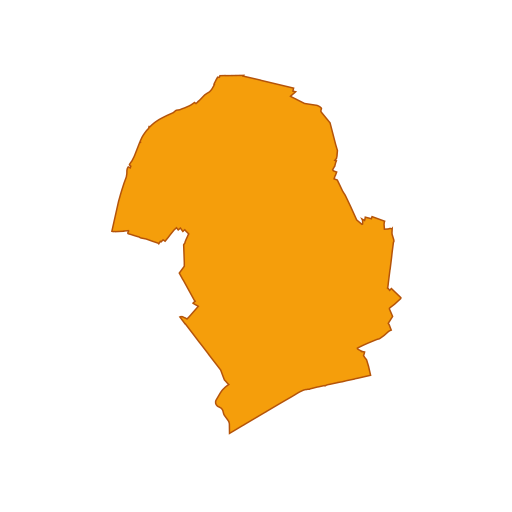 Bernheze, Noord-Brabant, Netherlands, rotated 307°
{"feature_id": "6326949B36275678342581", "entity_name": "Bernheze", "entity_type": "district", "adm_level": 2, "iso_a3": "NLD", "parent_name": "Netherlands", "parent_adm1": "Noord-Brabant", "projection": "albers", "projection_center": [5.507, 51.684], "detail": "fine", "context": "isolated", "style": "filled", "palette": "amber", "viewbox_px": 512, "rotation_deg": 307, "n_neighbors": 0, "source": "geoboundaries", "source_scale": "gbopen_adm2", "svg_char_len": 5830}
<svg xmlns="http://www.w3.org/2000/svg" viewBox="0 0 512 512"><g transform="rotate(307 256 256)"><path d="M159.3,240.3L155.5,253.9L153.2,262.0L152.0,266.6L149.0,277.4L148.9,277.4L143.7,296.4L140.1,302.0L138.0,305.4L137.8,306.8L137.5,308.3L137.2,309.7L137.0,311.6L134.4,310.8L133.7,310.6L132.3,310.3L130.8,310.1L129.6,309.9L128.7,309.8L127.0,309.8L125.3,309.9L124.3,310.0L117.4,310.8L116.8,310.9L116.3,311.0L115.7,311.2L115.4,311.4L114.8,311.8L114.3,312.3L113.9,312.6L113.7,313.0L113.5,313.4L113.2,314.0L113.1,314.6L112.9,315.4L112.9,316.0L113.0,316.5L113.1,317.0L113.3,318.1L113.5,319.3L113.4,320.0L113.3,320.6L113.2,321.2L113.0,321.7L112.7,322.3L112.3,322.9L110.7,324.9L110.4,325.3L110.0,326.0L109.6,327.0L107.9,332.6L107.5,333.6L107.4,333.9L106.9,334.6L106.0,335.7L98.4,341.6L109.7,346.2L152.2,363.7L158.6,366.4L164.7,369.0L172.7,372.2L174.2,372.9L177.4,374.6L179.1,375.9L179.6,376.6L180.4,377.2L181.0,377.9L181.8,378.9L182.8,379.4L183.7,380.2L188.0,383.6L189.6,385.1L193.6,388.5L193.6,388.8L193.7,389.1L194.0,389.4L194.1,389.5L194.7,389.7L195.1,389.8L196.7,391.0L198.0,392.2L201.6,395.3L201.8,395.5L203.2,396.7L204.7,398.0L204.7,397.9L207.6,400.7L210.9,403.3L216.9,408.6L217.6,409.0L219.6,410.8L220.2,411.3L229.7,419.3L235.6,412.3L239.7,406.7L240.3,404.2L241.1,401.9L243.6,401.0L244.7,400.5L244.1,399.3L243.2,397.8L243.6,397.6L243.5,397.4L243.4,397.1L242.9,393.7L242.9,393.1L243.0,392.8L243.4,392.4L244.7,393.0L249.4,395.4L253.9,397.9L261.2,402.2L262.6,403.1L263.9,404.2L264.8,404.6L268.9,405.9L270.0,406.2L274.7,407.1L275.8,407.4L276.2,407.5L277.2,408.0L278.2,408.6L278.7,407.8L280.9,404.3L281.2,403.8L281.6,402.7L281.7,402.4L281.8,402.3L281.8,402.2L282.1,402.1L289.7,401.5L289.9,401.5L290.0,401.4L292.4,397.2L293.9,394.5L294.2,394.3L294.4,394.1L294.6,394.0L294.8,394.0L301.0,395.7L309.1,397.2L309.9,396.8L311.5,383.7L309.0,383.4L309.6,381.2L309.4,380.9L309.5,380.3L309.9,380.3L312.8,378.7L313.4,378.3L325.9,371.1L326.1,371.1L336.0,365.4L340.7,362.6L349.3,357.7L349.5,357.6L350.7,357.3L351.0,357.1L351.2,356.9L351.9,356.2L352.7,355.1L353.2,354.4L354.8,352.2L355.4,351.4L355.7,351.2L356.4,350.6L359.8,348.3L359.7,348.3L359.1,347.2L358.8,346.6L358.6,346.4L358.3,346.2L358.2,346.0L357.6,345.7L357.2,345.3L356.7,344.8L354.7,342.4L358.5,339.1L359.4,338.6L359.9,338.3L360.5,338.0L361.2,337.8L357.3,325.0L356.5,325.2L355.2,325.7L352.8,319.9L350.7,321.0L350.6,320.9L349.7,321.3L349.3,318.3L348.9,319.1L348.7,319.6L348.2,319.9L347.3,320.8L345.5,321.9L345.3,321.7L345.0,321.5L345.4,314.7L352.7,301.3L353.9,299.0L357.5,292.1L357.8,291.5L358.6,289.8L358.9,288.8L359.7,286.8L359.9,286.2L363.4,279.5L365.6,275.2L364.6,271.9L367.7,270.9L368.2,270.9L370.2,270.3L371.6,269.9L371.1,268.3L370.6,266.5L370.9,265.7L371.0,265.3L374.8,264.8L375.0,264.9L376.6,264.2L378.6,263.4L380.4,262.9L379.8,261.4L382.2,261.6L384.6,260.5L387.3,258.8L387.2,258.8L389.2,257.6L392.9,252.6L406.9,235.0L410.0,222.3L410.5,220.8L410.8,220.5L412.4,219.8L412.9,219.7L413.2,219.5L413.3,219.4L413.4,219.1L413.4,218.9L413.5,218.8L413.6,217.0L413.2,214.7L412.9,213.9L407.2,203.3L407.1,203.1L406.9,202.7L406.9,202.1L406.6,200.7L406.4,199.5L404.5,188.9L404.3,187.8L404.3,187.4L408.2,188.2L408.4,188.3L411.0,188.8L409.9,186.2L412.7,185.0L399.2,154.1L399.2,153.8L391.9,137.4L392.8,137.4L381.8,123.3L381.9,123.2L378.3,118.7L376.8,119.2L376.5,119.1L375.7,117.7L375.2,117.8L374.1,117.9L374.0,118.1L373.3,118.0L370.2,118.6L368.9,118.8L367.9,119.1L368.0,119.5L365.7,120.0L364.7,120.0L363.9,120.2L362.6,120.3L361.2,120.3L359.3,120.1L358.9,120.0L356.2,118.9L355.0,118.5L353.8,118.1L352.3,117.9L346.4,117.2L344.9,116.8L344.9,117.0L342.9,116.6L341.6,116.3L341.6,114.5L340.9,114.3L339.6,113.9L337.1,113.0L336.1,112.5L334.9,111.9L333.9,111.3L331.2,109.8L329.9,108.9L329.3,108.5L327.4,107.4L326.8,107.0L326.4,106.6L325.9,106.1L325.3,105.5L325.0,105.1L324.5,104.8L324.1,104.5L323.6,104.3L323.1,104.2L321.8,103.9L320.9,103.7L320.4,103.5L314.8,100.4L311.4,98.7L309.1,97.6L306.7,96.5L304.2,95.6L303.0,95.2L301.7,94.8L300.6,94.5L297.9,93.9L295.3,93.5L295.3,93.3L295.2,93.3L295.0,92.7L294.3,93.0L294.4,93.8L294.3,93.6L294.1,93.5L292.7,93.4L291.4,93.2L290.0,93.1L288.7,93.1L287.5,93.1L284.9,93.2L282.2,93.5L280.9,93.8L278.9,94.2L277.5,94.6L277.4,95.0L277.4,95.3L277.1,95.3L277.0,95.1L276.6,94.8L268.4,97.1L263.4,98.5L261.8,98.9L259.5,99.3L257.2,99.7L255.7,99.7L254.1,99.8L253.4,99.8L252.9,99.9L252.6,100.1L252.5,100.5L252.6,100.9L252.4,101.9L252.4,102.0L250.7,102.5L250.7,102.3L250.4,100.8L250.3,100.4L250.1,100.3L249.7,100.4L249.1,100.5L248.4,100.6L247.8,100.9L247.2,101.1L246.7,101.4L246.1,101.8L244.6,102.9L243.5,103.6L242.3,104.2L241.2,104.8L240.0,105.2L235.0,106.7L233.8,107.1L230.1,108.4L228.9,108.8L224.0,110.6L220.2,112.1L217.3,113.2L215.5,114.0L189.0,126.0L189.5,127.2L190.5,128.4L190.7,128.9L196.2,135.5L196.4,135.4L199.5,138.9L199.4,139.2L197.4,139.7L197.2,139.8L197.0,140.0L196.9,140.3L196.9,140.6L198.0,143.4L198.2,144.0L198.7,145.5L200.3,149.9L200.7,150.7L200.9,151.9L201.0,152.8L201.4,153.8L202.2,155.4L202.8,156.7L203.0,156.9L203.3,157.7L203.5,158.1L204.0,159.7L205.7,165.2L205.8,165.4L207.4,170.3L207.5,170.5L207.3,171.0L210.1,170.8L210.2,171.7L213.0,172.1L213.1,174.5L218.0,174.7L221.1,174.7L221.3,174.7L227.5,174.9L230.7,175.5L230.0,178.2L232.8,178.8L231.6,182.8L234.1,183.3L233.9,184.5L233.7,185.0L233.3,188.0L233.1,189.0L232.5,189.0L230.0,189.6L227.2,190.2L224.9,190.8L224.0,191.2L223.7,191.3L223.4,191.4L222.7,191.4L222.0,191.4L221.7,191.4L221.2,191.6L220.8,192.0L207.6,202.7L204.9,204.7L204.7,204.9L204.4,204.9L196.2,205.0L193.3,211.4L192.8,212.8L183.6,233.2L183.3,234.2L183.4,234.3L183.2,234.7L182.7,234.5L181.1,234.1L180.4,234.1L180.4,234.3L180.4,234.6L180.7,237.2L181.1,239.8L181.1,240.2L167.3,239.2L164.2,238.8L163.9,236.3L163.8,236.6L163.3,233.9L163.1,233.4L162.2,232.3L161.5,231.9L159.1,240.2L159.3,240.3Z" fill="#f59e0b" stroke="#b45309" stroke-width="1.5"/></g></svg>